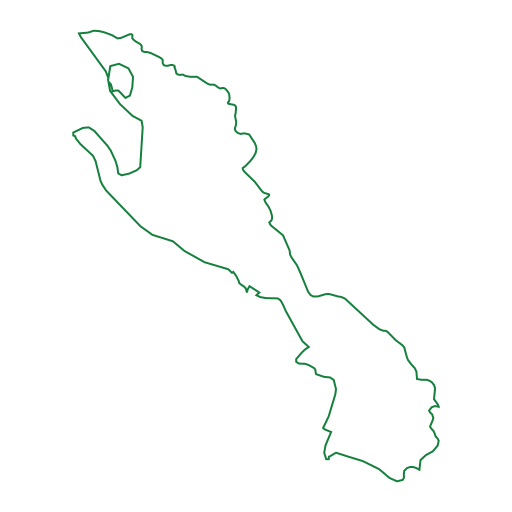 outline of Vlorë
{"feature_id": "ALB-1504", "entity_name": "Vlorë", "entity_type": "County", "adm_level": 1, "iso_a3": "ALB", "parent_name": "Albania", "parent_adm1": "", "projection": "robinson", "projection_center": [19.787, 40.148], "detail": "fine", "context": "isolated", "style": "outline", "palette": "green", "viewbox_px": 512, "rotation_deg": 0, "n_neighbors": 0, "source": "natural_earth", "source_scale": "10m", "svg_char_len": 3523}
<svg xmlns="http://www.w3.org/2000/svg" viewBox="0 0 512 512"><path d="M438.7,406.8L438.2,406.6L434.7,406.1L431.6,407.3L429.1,410.6L430.0,412.4L432.1,414.3L433.3,417.8L432.8,420.0L430.5,425.4L430.1,426.7L431.0,428.2L433.7,431.3L434.3,432.7L435.7,436.5L437.6,438.5L438.7,440.8L437.6,445.7L432.7,451.4L425.9,455.1L420.5,460.1L419.4,469.8L416.2,468.0L413.1,467.0L410.0,467.0L407.1,468.0L404.2,470.9L403.8,474.4L404.0,477.6L402.7,479.9L397.0,481.3L389.6,478.0L379.2,469.2L362.6,461.0L348.1,456.6L336.0,452.7L330.1,456.2L329.0,456.7L328.7,459.2L326.2,459.2L324.2,452.8L325.5,445.4L331.1,432.0L324.9,429.5L323.1,428.0L328.6,416.6L335.3,394.4L336.0,389.1L333.7,379.9L329.9,377.4L324.2,376.9L316.2,374.2L315.7,373.1L315.6,371.3L315.2,369.4L313.8,367.9L308.8,365.1L305.2,363.8L299.0,363.6L296.2,361.8L296.2,359.1L301.6,352.8L305.1,349.4L308.8,347.0L302.5,341.3L285.5,310.5L283.2,305.1L280.6,300.4L277.7,298.4L266.1,298.1L260.3,297.1L256.4,295.2L259.3,292.5L249.5,286.2L247.9,289.0L247.4,290.3L247.0,292.5L245.8,288.5L244.1,286.6L241.9,285.2L239.3,283.2L238.9,281.4L236.3,276.2L233.3,271.9L232.0,272.8L228.4,269.3L204.5,262.2L184.5,251.0L172.9,241.3L152.5,234.9L140.6,226.4L106.2,190.6L102.2,184.5L100.5,180.8L95.6,161.2L93.0,155.8L80.4,144.1L75.9,138.5L75.3,136.8L75.3,136.3L73.3,135.5L73.3,132.5L82.9,127.9L88.8,127.4L94.4,131.0L107.3,145.6L110.7,150.5L115.5,160.9L117.4,167.3L118.2,173.3L121.6,175.3L129.2,173.6L136.8,170.2L140.2,167.2L142.7,127.3L141.6,120.8L132.4,115.8L120.0,104.1L110.1,90.9L108.4,81.5L110.8,84.2L111.8,87.5L112.7,91.3L115.7,90.5L118.4,90.5L125.4,97.9L129.9,95.6L132.3,87.4L133.0,76.8L128.5,68.4L119.0,63.8L110.3,66.1L108.4,78.2L105.8,71.4L80.8,37.0L79.0,33.4L88.0,32.6L93.9,30.7L99.1,31.1L104.2,32.3L111.9,35.1L117.5,38.4L121.0,37.9L129.6,34.3L131.5,34.2L132.4,35.0L132.4,36.2L132.3,37.2L132.4,38.4L133.8,40.0L136.1,41.7L140.1,44.0L141.5,45.5L141.8,47.1L141.5,48.8L142.2,51.0L144.1,51.9L147.4,52.1L150.9,53.1L159.4,57.2L161.6,58.6L162.7,60.0L162.7,61.0L162.6,62.4L162.9,63.5L163.8,65.2L165.4,65.7L167.7,65.8L170.5,65.0L172.3,65.0L173.9,65.5L174.5,66.0L174.8,66.6L174.5,67.6L175.3,69.2L176.4,73.5L177.6,74.4L179.5,74.9L182.8,74.6L185.5,76.0L190.3,76.8L197.1,76.8L207.2,83.5L209.7,84.6L211.1,84.7L212.5,84.6L214.0,84.7L215.8,85.6L218.0,87.4L219.8,88.3L220.8,88.5L221.8,88.1L222.7,87.9L224.2,88.2L225.6,89.0L227.8,91.6L229.1,93.9L229.6,97.9L229.4,100.0L228.9,101.5L228.3,102.0L227.9,102.5L228.0,103.1L228.5,103.8L233.9,104.8L235.2,105.6L236.0,106.9L236.0,109.6L235.5,114.1L235.0,115.5L235.2,117.0L236.2,121.8L236.1,124.0L235.6,126.1L235.0,127.8L235.0,129.6L235.7,131.2L238.0,133.1L240.7,133.9L244.3,133.3L249.1,134.4L254.8,143.1L256.2,146.6L256.5,149.1L255.6,153.1L253.4,157.0L250.4,160.9L245.2,166.3L242.7,168.1L242.9,169.5L244.4,171.7L254.9,181.9L261.4,190.5L262.9,192.1L264.4,193.0L268.7,194.2L269.2,194.7L269.1,195.3L268.0,196.7L265.1,198.8L264.4,199.5L264.8,200.8L265.7,202.7L268.8,207.2L270.6,210.9L272.1,216.3L272.0,218.8L271.4,220.4L269.3,222.4L270.1,224.3L271.1,225.6L283.0,235.3L289.6,250.4L290.1,254.7L291.9,258.0L297.0,265.3L300.5,273.1L308.1,291.7L310.4,294.9L313.2,296.5L318.0,296.4L325.1,294.3L327.3,293.9L329.5,294.1L338.6,296.6L341.1,296.9L345.0,298.6L373.4,324.9L379.5,329.3L383.6,330.8L385.7,330.8L387.8,332.1L395.8,340.3L402.5,345.3L404.3,347.6L406.7,356.6L408.0,360.0L411.5,364.6L414.8,368.2L416.4,371.6L417.0,379.0L421.6,379.8L426.6,379.8L429.2,380.6L431.9,382.3L434.0,385.0L435.1,388.2L434.0,399.1L437.9,404.6L438.7,406.7L438.7,406.8Z" fill="none" stroke="#15803d" stroke-width="2"/></svg>